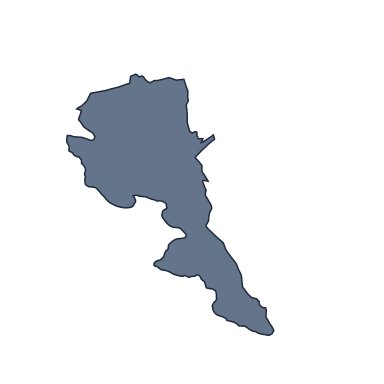 Khanaqin, Diyala, Iraq, rotated 121°
{"feature_id": "34846034B8709315351100", "entity_name": "Khanaqin", "entity_type": "district", "adm_level": 2, "iso_a3": "IRQ", "parent_name": "Iraq", "parent_adm1": "Diyala", "projection": "natural_earth1", "projection_center": [45.457, 34.523], "detail": "fine", "context": "isolated", "style": "filled", "palette": "slate", "viewbox_px": 384, "rotation_deg": 121, "n_neighbors": 0, "source": "geoboundaries", "source_scale": "gbopen_adm2", "svg_char_len": 5428}
<svg xmlns="http://www.w3.org/2000/svg" viewBox="0 0 384 384"><g transform="rotate(121 192 192)"><path d="M124.7,304.1L131.1,301.4L133.2,303.5L136.3,306.1L137.3,306.9L140.4,309.5L145.4,314.5L149.7,318.5L154.6,324.1L159.7,329.8L164.2,329.4L167.8,329.1L170.7,329.7L174.2,330.7L175.1,331.0L178.7,333.1L180.2,333.6L179.6,331.5L179.3,328.7L180.9,328.3L183.4,327.6L185.3,327.4L188.0,326.6L188.5,326.4L189.3,323.9L191.2,319.8L192.0,318.0L192.5,310.9L192.5,307.2L193.5,305.7L194.4,304.1L194.6,303.9L196.5,303.3L197.8,303.3L199.2,304.4L200.0,305.4L200.2,307.1L200.7,309.7L201.3,312.2L201.9,314.6L203.0,316.8L204.1,319.0L204.8,320.4L205.6,322.1L206.2,324.9L206.8,326.3L207.4,327.0L207.8,328.0L210.0,327.1L212.3,326.0L214.0,324.7L214.2,324.4L215.6,321.6L215.8,321.3L215.9,321.1L216.2,320.9L217.2,320.2L218.5,319.6L219.8,318.9L220.0,318.6L220.3,318.2L220.0,316.4L220.0,314.8L220.5,313.3L220.5,313.2L220.8,312.9L221.1,312.7L221.1,312.2L221.2,310.8L221.1,309.2L220.8,308.1L220.0,306.5L220.8,305.3L221.1,304.4L221.5,303.5L221.6,303.3L221.8,303.2L222.6,302.4L224.2,301.6L224.4,301.3L224.6,301.0L224.5,299.8L225.5,297.7L226.3,296.2L226.6,295.9L227.7,294.7L229.1,294.1L230.3,293.9L231.3,293.6L232.1,293.2L232.9,292.6L233.0,292.5L233.1,292.3L233.8,291.2L234.0,290.9L235.4,290.6L236.4,290.4L237.9,289.3L239.6,288.0L239.7,287.9L239.9,287.7L240.6,286.5L240.7,284.9L240.7,283.3L239.3,280.5L238.1,277.8L238.0,277.0L238.0,275.7L238.9,273.1L239.6,270.6L240.4,268.6L241.4,264.6L242.6,261.4L243.2,259.1L243.5,256.1L243.3,253.2L242.9,249.2L241.7,245.1L240.0,241.0L237.7,237.8L236.1,236.1L234.5,235.3L233.1,235.3L231.5,235.3L229.2,235.5L228.1,236.2L227.9,236.5L226.5,238.4L225.7,240.1L225.5,240.5L225.4,240.4L224.8,239.8L223.2,237.6L222.9,236.4L222.9,235.2L222.1,233.6L220.8,230.7L220.0,229.5L219.9,227.9L219.5,226.1L219.2,224.2L218.8,222.2L218.0,220.1L217.9,217.8L216.9,216.2L215.6,213.9L215.2,212.3L215.2,209.9L215.3,208.2L215.5,207.9L217.3,206.7L217.5,206.4L218.1,205.7L218.3,205.4L219.0,205.4L219.8,205.3L220.5,206.0L221.6,206.7L222.5,207.0L223.8,207.2L225.1,206.7L226.9,206.1L227.8,205.6L228.0,205.3L228.9,204.3L229.1,204.0L230.4,200.8L231.5,198.3L232.4,194.1L232.2,191.4L231.7,189.7L230.4,187.0L229.5,184.9L229.4,183.8L229.4,182.1L230.2,179.4L231.2,175.7L231.7,174.7L231.8,174.5L233.1,174.5L235.0,174.5L236.3,176.0L237.7,177.8L239.8,180.6L242.1,182.4L245.1,183.7L248.3,184.7L249.5,184.7L250.6,184.4L251.7,183.8L252.6,183.3L253.5,183.3L254.6,183.5L255.3,184.0L256.1,184.0L258.6,183.8L260.1,183.5L261.2,183.1L262.7,183.1L264.4,183.5L266.2,184.0L267.8,185.4L268.7,186.3L270.4,187.4L271.5,187.7L273.0,187.7L273.8,187.2L274.3,186.7L274.6,186.5L274.6,186.4L274.6,185.6L274.1,184.2L274.0,183.1L274.0,182.1L274.4,180.8L274.4,179.4L274.4,177.8L273.7,176.4L272.8,173.9L272.3,172.0L272.0,169.8L272.0,168.4L272.0,167.2L272.0,165.8L271.5,163.5L270.7,160.6L269.7,157.6L268.5,155.9L267.5,155.7L267.1,154.3L266.9,153.0L266.9,151.4L266.4,150.6L264.2,148.4L262.8,146.3L261.2,145.4L260.0,144.7L260.0,142.9L260.3,141.2L261.9,139.2L262.2,137.1L262.5,135.0L264.1,133.4L264.9,132.3L266.1,131.3L266.6,130.2L266.6,129.5L265.6,126.8L264.6,124.7L264.5,122.9L264.5,121.2L265.2,120.1L267.0,118.5L269.3,117.1L271.3,115.7L272.2,115.7L273.2,115.7L274.1,116.0L275.2,116.2L276.2,116.2L278.1,116.2L279.4,115.9L280.9,114.3L282.1,113.4L283.0,112.0L283.7,110.7L284.1,109.7L284.4,107.2L283.9,104.2L283.2,101.7L283.1,99.4L282.9,97.8L284.1,96.2L282.9,92.3L282.3,90.2L281.9,88.4L281.9,85.8L282.6,82.6L281.1,80.1L279.9,77.8L279.8,76.2L280.1,72.9L280.1,70.0L280.1,68.6L279.6,67.0L278.8,65.4L279.0,62.6L277.8,58.7L276.4,55.2L275.7,52.9L274.5,51.6L272.5,50.5L272.4,50.4L270.4,50.4L268.5,50.6L266.4,53.9L264.7,57.8L262.2,61.9L261.6,63.7L259.2,65.3L256.8,66.5L254.9,67.6L253.3,69.3L254.5,71.4L254.6,72.7L254.1,75.5L252.9,76.9L251.2,78.0L250.9,80.1L250.2,81.4L251.6,85.8L251.6,87.7L250.8,91.1L249.5,94.5L248.1,97.6L247.5,99.6L245.1,101.5L242.0,103.8L238.9,106.1L237.6,107.4L236.2,109.5L234.5,112.2L232.3,115.0L230.6,117.3L229.4,120.3L228.0,124.0L227.9,124.3L226.9,126.8L226.2,128.5L226.0,128.8L225.6,129.8L224.1,133.0L222.6,135.2L222.3,135.4L219.8,138.6L219.5,138.9L218.3,145.4L217.4,150.2L216.3,154.5L215.7,158.0L214.7,161.0L213.7,162.7L213.5,162.9L209.7,162.8L207.9,163.1L204.9,164.7L201.2,166.1L199.8,166.3L197.2,166.5L196.3,166.5L194.7,167.5L193.1,169.4L192.9,169.7L191.2,172.9L188.0,178.7L187.8,178.9L187.7,178.9L185.3,180.3L183.6,180.6L183.3,180.9L181.0,184.0L178.6,187.1L178.4,187.4L177.7,188.1L176.5,188.4L175.8,187.6L174.5,183.7L174.3,184.0L172.1,188.1L170.4,191.7L169.6,193.6L169.5,193.8L169.3,193.9L166.8,195.7L164.4,196.9L164.2,197.2L162.7,200.9L161.4,205.3L160.8,206.8L160.7,207.2L151.5,205.1L142.6,202.6L137.0,200.6L135.4,199.8L133.5,201.4L132.1,203.1L134.5,204.0L142.1,207.7L144.8,209.5L140.6,210.2L143.0,213.8L141.7,216.1L140.3,217.5L138.9,218.0L138.3,218.9L138.3,219.8L138.6,220.3L139.4,221.0L141.2,222.0L141.3,224.3L140.8,225.5L138.7,227.8L136.3,230.5L134.2,232.4L130.9,234.2L129.6,235.3L128.1,235.9L123.9,239.0L121.5,240.9L120.5,241.7L118.7,241.9L115.8,242.1L112.4,244.9L109.7,246.3L107.4,247.7L103.4,252.7L99.6,257.0L101.8,259.9L104.2,263.1L105.8,270.7L110.6,275.2L114.4,279.2L116.0,281.9L118.8,283.3L120.3,285.2L120.2,287.1L119.8,289.5L119.3,291.0L118.4,292.5L118.2,293.6L118.3,294.3L118.8,295.3L120.1,296.1L120.6,296.9L120.2,298.0L120.0,298.6L119.9,300.0L120.2,301.2L121.6,302.0L122.8,302.9L124.0,303.9L124.7,304.1Z" fill="#64748b" stroke="#1e293b" stroke-width="1.5"/></g></svg>